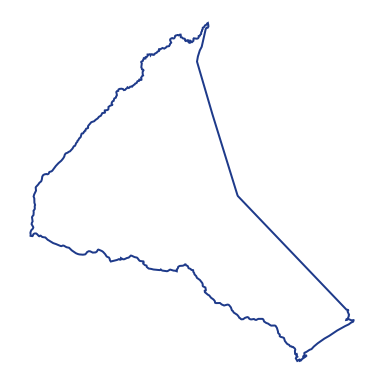 Cheringoma, Sofala, Mozambique
{"feature_id": "85939544B41216917110496", "entity_name": "Cheringoma", "entity_type": "district", "adm_level": 2, "iso_a3": "MOZ", "parent_name": "Mozambique", "parent_adm1": "Sofala", "projection": "orthographic", "projection_center": [35.177, -18.487], "detail": "fine", "context": "isolated", "style": "outline", "palette": "blue", "viewbox_px": 384, "rotation_deg": 0, "n_neighbors": 0, "source": "geoboundaries", "source_scale": "gbopen_adm2", "svg_char_len": 5852}
<svg xmlns="http://www.w3.org/2000/svg" viewBox="0 0 384 384"><path d="M91.3,122.2L88.3,125.7L88.0,126.4L88.1,127.4L87.9,128.1L86.2,128.7L85.7,129.5L85.4,130.7L84.8,130.8L84.4,131.7L83.9,131.9L83.2,133.3L81.9,133.5L81.5,133.9L80.7,137.0L80.0,137.8L79.2,138.4L78.4,140.0L77.5,140.8L77.4,141.7L76.2,143.0L75.1,145.7L73.8,146.3L72.5,148.6L70.0,151.3L68.4,152.0L67.8,152.6L65.6,153.5L64.7,154.9L64.3,156.5L63.2,158.4L61.3,160.7L58.4,163.2L55.8,166.0L52.3,170.7L51.5,171.3L49.4,172.0L48.6,173.7L48.0,174.1L47.2,174.3L46.4,174.0L44.4,174.4L43.2,175.1L42.3,176.5L41.8,179.6L41.2,181.3L39.4,182.8L38.3,184.4L36.0,186.9L35.7,187.5L36.0,190.7L34.2,194.4L33.6,196.5L34.3,198.4L34.4,202.7L35.1,205.0L34.7,206.2L34.8,208.4L34.7,209.1L33.5,210.9L33.7,212.2L33.5,215.0L32.4,216.4L32.0,217.2L32.6,221.4L31.8,223.0L31.6,224.2L33.2,227.0L33.3,227.6L32.8,228.7L31.4,230.1L30.8,231.3L30.4,232.9L30.7,234.9L30.5,235.8L31.0,236.0L32.5,236.1L32.9,235.5L33.3,234.4L33.9,233.8L35.0,233.4L36.2,233.5L37.0,234.1L38.9,236.1L39.5,236.2L40.1,235.7L40.7,235.7L42.3,237.0L45.4,237.5L47.6,239.7L53.2,243.1L56.1,244.1L60.6,246.0L61.6,246.1L62.6,245.6L63.7,245.6L66.5,247.2L69.1,247.8L71.8,250.4L75.9,253.2L77.8,254.0L79.3,254.4L82.9,254.7L85.1,254.4L86.0,253.6L87.2,252.0L88.8,251.2L90.1,251.3L92.8,252.6L95.6,252.4L96.8,251.6L97.9,249.8L98.3,249.6L99.0,249.8L101.8,251.0L103.1,251.9L105.2,254.2L106.6,256.4L107.2,256.8L109.0,257.6L109.6,258.7L109.9,260.1L110.8,261.5L116.9,260.0L119.0,259.1L119.4,259.2L119.9,259.7L120.6,259.7L121.2,259.2L121.1,258.2L123.1,259.3L124.4,259.2L126.9,258.0L128.7,257.6L130.8,255.6L131.6,255.7L134.6,257.1L136.9,257.6L137.5,258.1L139.2,260.4L140.1,261.0L143.4,261.4L143.7,262.2L143.2,262.9L143.2,263.6L144.9,265.1L146.5,265.6L146.8,267.0L148.6,268.5L151.1,268.9L153.5,269.5L159.6,270.1L160.3,270.0L160.8,269.5L161.5,270.2L162.5,270.6L166.8,271.2L167.6,271.1L169.9,269.7L170.6,269.7L173.5,270.6L175.1,270.7L176.8,271.3L176.9,270.6L176.8,269.5L177.8,268.4L178.2,266.9L178.5,266.6L179.9,265.9L182.9,265.7L184.1,265.2L185.0,264.4L185.6,264.4L186.2,265.4L187.5,265.9L187.9,266.4L188.6,268.2L190.5,268.9L191.4,269.9L193.1,270.2L193.4,272.0L194.2,273.1L194.5,274.4L196.2,276.1L196.9,277.8L199.9,280.0L202.3,283.1L202.7,284.3L202.7,285.8L203.1,286.4L205.4,287.5L205.9,290.1L205.7,290.5L205.0,290.6L204.7,290.8L204.9,292.2L208.0,294.8L209.2,295.4L211.0,297.7L213.5,299.5L214.8,301.1L215.1,302.7L216.1,303.1L219.9,303.0L221.8,304.5L224.1,305.5L227.4,304.6L228.6,304.8L229.3,305.4L230.9,307.4L231.9,310.3L233.0,311.2L233.7,312.5L237.2,314.8L238.6,316.5L239.3,317.8L240.3,318.3L240.7,318.9L241.4,319.3L243.1,319.2L245.1,317.8L247.3,317.1L248.5,317.5L249.1,318.6L250.3,319.3L251.5,319.4L253.9,319.0L255.3,319.8L256.2,319.9L258.3,318.9L262.4,318.9L262.9,319.1L263.4,319.6L264.1,321.5L266.3,323.0L267.9,323.5L270.2,325.1L271.2,325.6L274.8,325.5L275.6,325.9L276.9,327.9L278.0,331.5L278.1,332.8L278.4,333.3L279.7,334.5L279.8,336.3L280.8,336.9L283.0,337.5L284.0,338.1L284.9,341.0L286.9,343.6L287.5,344.1L289.1,344.9L290.2,346.3L291.6,346.4L292.2,347.1L293.1,347.0L294.9,348.6L295.3,349.8L294.9,350.9L295.1,353.9L295.8,354.2L296.7,353.9L296.9,354.3L296.4,355.6L297.0,355.9L297.4,356.7L296.3,357.4L295.8,358.3L297.3,361.0L297.8,360.8L298.2,360.2L299.5,359.5L300.1,359.7L300.0,360.8L300.9,360.5L302.1,359.0L305.6,356.6L306.3,355.9L306.2,355.6L305.3,355.8L304.4,356.4L303.3,356.4L303.4,356.1L304.6,354.9L304.3,353.2L304.5,352.8L306.6,351.8L309.6,349.8L311.5,349.1L313.9,346.5L317.7,343.3L324.4,338.6L329.3,335.8L337.2,330.5L345.3,326.0L348.7,324.4L351.1,322.6L353.1,321.7L353.6,320.6L353.5,320.1L352.1,320.3L351.1,320.2L348.7,319.1L348.0,319.2L347.0,319.9L346.2,320.0L346.4,319.3L347.8,318.5L348.9,315.8L348.7,315.1L349.0,314.6L347.6,311.6L347.8,311.1L348.2,310.6L348.1,310.0L347.7,309.8L346.5,309.7L237.9,196.1L237.4,195.0L212.4,114.2L197.0,61.6L197.9,56.5L199.8,50.4L201.7,46.8L205.7,29.1L206.6,27.7L207.6,27.8L208.4,26.6L208.3,24.9L207.9,23.0L207.1,23.5L206.6,24.6L205.0,25.4L204.0,27.1L202.8,27.7L202.6,29.3L202.0,30.1L202.0,31.0L201.2,32.3L201.1,34.0L200.3,34.7L199.9,35.7L198.7,36.1L198.7,37.3L198.3,38.0L197.7,38.5L196.7,38.7L193.8,38.3L193.5,38.7L193.4,40.8L192.1,42.1L191.7,42.0L190.4,40.7L190.1,40.7L190.0,41.5L190.5,42.5L189.9,42.8L189.3,42.8L188.1,41.6L188.0,41.2L188.1,40.3L187.5,40.2L185.9,41.1L185.6,41.0L185.1,40.4L185.2,39.6L184.6,38.7L183.1,38.5L182.1,37.5L180.9,37.3L180.7,36.9L180.8,35.4L180.6,34.6L179.7,34.7L178.8,35.4L177.9,35.0L177.3,35.0L176.6,35.4L175.7,35.5L175.1,36.0L174.7,37.6L174.0,38.4L173.1,38.5L172.4,38.1L171.4,38.3L170.2,39.3L170.1,40.2L171.2,42.7L170.2,43.7L169.9,44.6L169.1,46.1L166.7,46.6L166.0,47.5L164.3,48.6L162.5,48.0L160.6,49.1L159.1,49.1L158.9,49.8L159.3,50.4L158.9,51.1L157.5,51.6L156.8,52.6L154.4,53.9L154.3,54.5L153.9,54.8L153.0,54.9L152.0,54.2L151.2,54.3L150.6,55.2L150.4,54.5L149.9,54.2L148.8,54.6L148.0,54.4L147.6,54.5L147.9,55.4L146.6,57.1L146.0,56.9L145.5,57.2L145.2,57.7L145.4,58.0L145.4,58.5L144.9,58.6L143.9,58.1L143.7,58.3L143.8,59.0L143.1,59.8L142.9,60.8L141.3,61.7L141.2,62.2L141.8,63.4L141.3,67.3L141.7,68.0L142.0,69.4L143.2,69.7L143.5,70.3L142.6,72.0L142.7,74.3L143.1,75.5L142.3,75.9L141.1,77.7L141.5,79.1L141.4,79.8L140.8,80.0L139.4,79.5L139.2,79.6L139.1,80.8L138.8,81.0L137.5,81.2L136.6,83.0L135.2,83.6L134.7,84.4L133.7,85.0L133.0,85.7L132.2,86.0L132.1,86.6L130.2,86.7L129.3,87.7L128.7,88.0L127.5,87.3L127.0,88.2L125.9,88.9L125.2,89.8L123.9,90.1L122.9,89.0L121.5,88.7L119.6,88.9L118.6,89.4L118.2,90.4L118.2,90.9L116.9,91.2L116.3,92.1L116.9,95.0L116.8,95.6L116.1,96.4L115.9,97.6L114.3,98.5L113.6,100.9L112.7,101.2L111.9,102.3L111.6,103.4L111.8,104.0L112.3,104.7L112.2,105.0L110.3,105.6L108.5,106.9L108.4,109.2L108.0,109.7L107.1,110.1L104.8,110.4L104.7,111.0L105.0,112.3L104.8,112.7L102.3,113.1L100.9,115.7L98.9,116.8L97.7,118.4L95.5,119.9L94.2,121.2L91.3,122.2Z" fill="none" stroke="#1e3a8a" stroke-width="2"/></svg>